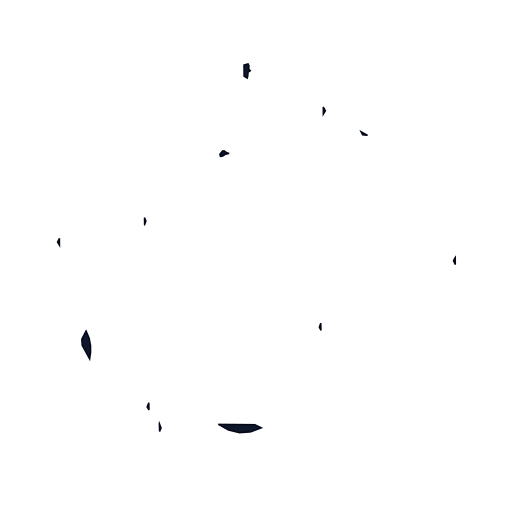 the border of Lhaviyani, rotated 99°
{"feature_id": "MDV-5229", "entity_name": "Lhaviyani", "entity_type": "Atoll", "adm_level": 1, "iso_a3": "MDV", "parent_name": "Maldives", "parent_adm1": "", "projection": "natural_earth1", "projection_center": [73.476, 5.394], "detail": "fine", "context": "isolated", "style": "filled", "palette": "ink", "viewbox_px": 512, "rotation_deg": 99, "n_neighbors": 0, "source": "natural_earth", "source_scale": "10m", "svg_char_len": 1156}
<svg xmlns="http://www.w3.org/2000/svg" viewBox="0 0 512 512"><g transform="rotate(99 256 256)"><path d="M424.9,223.9L430.6,233.9L433.1,244.6L432.2,255.8L428.2,266.7L428.2,267.0L422.8,230.8L424.9,223.9ZM383.7,404.2L371.4,413.7L365.4,415.0L356.8,412.2L356.6,412.1L363.4,407.9L370.4,405.4L377.1,404.3L383.7,404.2ZM73.9,290.6L75.7,292.6L75.8,292.6L79.2,292.3L79.3,292.3L79.6,292.3L81.7,292.5L80.3,295.9L69.4,297.7L69.2,297.7L67.5,293.9L69.2,292.7L72.5,292.4L73.9,290.6ZM158.9,298.6L159.0,298.9L160.3,302.1L162.6,304.7L163.2,306.7L161.2,307.6L157.4,305.4L157.2,303.6L158.5,301.3L158.9,298.6ZM105.4,211.7L98.7,212.8L98.3,212.9L101.7,210.2L105.4,211.7ZM119.4,164.7L119.4,165.1L119.6,169.6L117.1,171.5L116.8,171.7L119.4,164.7ZM276.1,451.8L273.3,454.2L269.3,452.9L276.1,451.8ZM233.3,57.8L229.8,60.2L226.5,59.1L226.3,59.0L233.3,57.8ZM424.9,337.6L424.7,337.7L422.2,339.9L417.7,338.9L424.9,337.6ZM444.5,323.8L444.3,323.8L436.9,325.2L436.7,325.2L440.7,322.9L444.5,323.8ZM319.3,180.2L316.4,182.3L312.2,181.5L319.3,180.2ZM242.3,370.9L242.2,371.0L235.6,372.1L235.4,372.2L238.7,370.2L240.2,370.5L242.3,370.9Z" fill="#0f172a" stroke="#020617" stroke-width="1.5"/></g></svg>